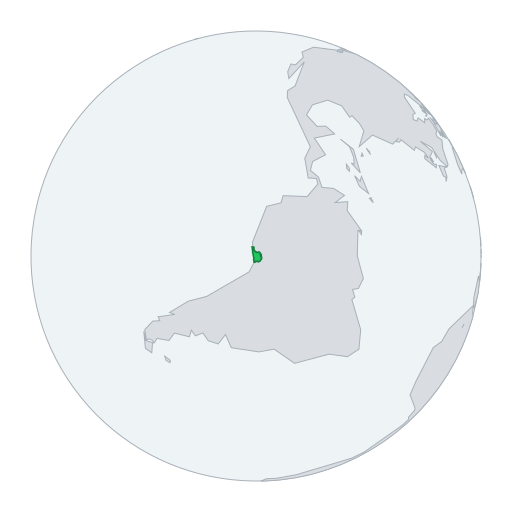 the Earth from above Arequipa, rotated 54°
{"feature_id": "PER-570", "entity_name": "Arequipa", "entity_type": "Department", "adm_level": 1, "iso_a3": "PER", "parent_name": "Peru", "parent_adm1": "", "projection": "orthographic", "projection_center": [-72.544, -15.989], "detail": "fine", "context": "on_globe", "style": "filled", "palette": "green", "viewbox_px": 512, "rotation_deg": 54, "n_neighbors": 0, "source": "natural_earth", "source_scale": "10m", "svg_char_len": 7197}
<svg xmlns="http://www.w3.org/2000/svg" viewBox="0 0 512 512"><g transform="rotate(54 256 256)"><circle cx="256" cy="256" r="225" fill="#eef3f6" stroke="#a8b0b8"/><path d="M200.7,37.6L204.7,36.9L208.2,35.9L214.6,35.0L221.1,33.9L221.2,34.3L226.3,33.1L224.9,33.1L226.6,32.7L230.3,32.2L231.2,32.4L229.4,32.6L231.6,32.5L230.4,32.9L233.1,32.4L233.7,33.1L238.6,31.8L243.6,32.0L242.5,32.6L235.5,33.3L215.5,38.7L212.2,40.8L214.6,42.5L234.2,43.3L233.6,45.8L237.9,48.6L241.5,46.5L239.5,43.7L247.3,41.2L243.9,38.8L246.5,37.7L245.9,35.5L253.6,35.3L261.6,36.5L262.6,38.5L266.1,39.4L271.4,37.4L279.3,42.0L294.9,46.9L296.1,48.6L287.2,50.8L271.4,50.1L259.9,55.6L275.2,51.8L277.9,57.1L281.6,58.2L286.0,58.1L288.0,56.2L290.6,58.3L276.4,62.2L273.9,60.3L278.4,58.9L271.0,58.9L261.5,62.8L263.6,65.8L247.0,70.4L248.3,72.9L245.4,75.7L244.4,71.3L245.8,79.7L226.6,90.7L228.2,108.2L218.2,95.2L209.5,94.4L198.9,95.9L198.9,98.6L184.9,98.4L172.0,106.4L166.9,121.5L171.5,132.2L187.1,130.4L191.9,123.2L203.5,120.6L194.9,139.5L215.0,140.2L212.8,154.6L218.7,161.7L228.8,159.1L239.3,162.3L246.9,153.5L259.0,148.8L259.3,160.6L266.0,149.8L272.8,155.5L297.0,155.8L295.1,158.4L315.5,174.0L337.3,182.4L342.4,192.2L339.8,197.6L347.4,200.2L347.5,204.0L377.1,214.6L391.9,227.5L391.2,241.2L378.3,254.7L365.5,287.9L342.0,296.1L335.3,310.0L315.7,329.9L301.6,326.9L304.9,338.3L296.5,344.4L287.1,344.2L284.9,352.0L278.0,351.9L282.2,357.4L270.4,367.3L273.2,376.1L264.5,384.5L266.5,389.7L263.4,389.4L260.0,391.3L259.6,394.2L250.2,389.3L248.0,377.7L251.8,371.9L247.6,370.9L255.5,356.1L250.9,359.1L252.7,337.4L259.7,319.7L264.8,270.9L260.1,261.4L242.8,250.8L222.1,218.2L227.7,204.5L223.1,198.6L238.0,179.7L234.1,163.6L228.8,161.5L223.6,167.9L205.6,159.1L199.5,147.8L146.0,137.5L140.8,133.2L141.4,124.4L127.3,102.8L131.7,125.1L125.5,122.0L121.2,114.8L124.6,111.7L123.1,101.0L118.0,98.9L120.9,86.7L137.4,69.2L138.4,70.2L142.3,66.5L141.2,65.3L139.6,65.6L151.4,56.5L167.3,48.9L183.8,42.6L200.7,37.6ZM44.4,178.8L46.1,174.2L45.6,175.8L44.4,178.8ZM226.9,114.5L250.0,122.7L236.8,124.3L239.3,122.5L233.5,118.9L222.6,116.1L211.0,119.0L226.9,114.5ZM237.5,103.8L233.5,103.3L237.4,103.1L237.5,103.8ZM138.1,66.2L140.7,65.6L140.1,67.9L137.4,68.5L138.1,66.2ZM140.1,63.2L142.6,61.9L138.1,65.1L138.0,64.8L140.1,63.2ZM241.6,35.9L243.7,35.7L242.7,36.2L241.6,35.9ZM239.4,35.3L236.8,36.0L235.3,35.9L236.9,35.4L239.4,35.3ZM242.9,34.6L233.1,35.5L230.6,35.4L234.6,33.8L242.9,34.6ZM222.8,33.3L224.5,33.3L219.7,33.9L222.8,33.3ZM219.1,33.8L219.4,33.8L202.2,37.3L219.1,33.8ZM227.4,32.5L227.0,32.6L223.6,33.1L223.2,33.1L227.4,32.5ZM233.9,31.8L230.3,32.2L229.8,32.2L233.9,31.8ZM251.7,30.8L247.6,30.9L246.9,30.9L251.7,30.8ZM265.8,399.8L251.0,391.1L259.3,395.0L265.3,390.6L273.0,397.2L265.8,399.8ZM283.4,388.7L290.2,386.7L291.8,388.3L287.4,390.1L283.4,388.7ZM417.0,98.4L426.2,110.0L424.1,109.4L417.5,104.0L402.9,87.7L409.3,91.1L404.2,86.4L393.9,78.0L396.7,80.0L396.1,79.6L417.0,98.4ZM442.7,382.0L440.9,384.4L442.4,378.4L447.7,370.4L456.4,352.5L470.7,312.1L475.8,297.1L478.2,283.7L478.7,250.9L478.9,236.1L477.8,228.4L476.1,227.5L474.1,218.3L472.5,216.7L458.9,213.0L451.3,200.1L434.3,166.4L434.3,156.0L428.4,142.7L423.8,109.5L429.5,114.2L432.5,116.0L441.9,128.7L450.4,142.1L457.9,156.0L464.4,170.4L469.9,185.3L474.3,200.5L477.7,215.9L480.0,231.6L481.1,247.4L481.2,263.2L480.1,279.0L477.9,294.6L474.7,310.1L470.3,325.3L465.0,340.2L458.5,354.7L451.1,368.6L442.7,382.0ZM433.2,127.6L435.1,131.2L435.2,131.3L433.2,127.6ZM297.7,155.7L300.6,158.1L296.8,158.0L297.7,155.7ZM234.9,128.9L239.8,128.9L242.3,130.6L238.6,131.2L234.9,128.9ZM276.3,128.6L281.9,129.8L276.0,130.5L276.3,128.6ZM253.6,123.9L271.7,128.2L260.3,131.4L248.9,129.0L256.8,127.9L253.6,123.9ZM235.1,109.8L238.1,110.4L237.2,112.3L235.1,109.8ZM240.4,103.7L239.1,103.9L237.7,102.5L240.4,103.7ZM278.7,56.8L279.9,56.6L284.4,57.0L282.3,57.8L278.7,56.8ZM304.0,54.8L307.6,58.4L303.6,56.1L301.4,57.4L290.3,54.8L296.1,49.3L295.5,52.0L304.0,54.8ZM277.1,50.7L283.5,52.4L276.3,50.8L277.1,50.7ZM377.6,66.3L379.9,67.9L379.6,68.1L374.2,64.4L372.7,63.3L374.6,64.5L377.6,66.3ZM389.8,74.8L388.6,74.0L387.3,73.0L389.8,74.8ZM386.8,72.6L384.0,70.6L382.8,69.8L386.8,72.6ZM337.2,45.9L331.5,43.8L331.4,43.7L325.4,41.7L326.9,42.2L337.2,45.9ZM252.0,32.2L249.2,32.4L249.0,32.2L251.1,31.9L252.0,32.2ZM241.4,31.2L240.5,31.3L245.3,31.0L246.1,31.0L249.9,30.9L263.8,31.6L261.3,31.7L272.4,32.9L270.3,33.8L263.2,32.9L269.8,34.8L262.5,34.4L267.8,35.9L252.2,33.7L245.9,33.9L253.7,33.2L255.8,32.3L254.9,31.9L247.5,31.4L235.0,32.0L235.1,31.7L238.2,31.4L241.4,31.2ZM311.9,37.8L306.6,37.3L307.3,38.9L310.7,41.3L301.1,39.3L291.7,36.2L283.8,33.6L284.6,32.8L280.1,32.4L279.1,32.1L283.0,32.5L276.4,31.7L276.6,31.7L274.9,31.5L293.5,33.9L311.9,37.8Z" fill="#d9dde1" stroke="#a8b0b8" stroke-width="1"/><path d="M260.0,261.2L259.9,261.2L259.7,261.1L259.5,260.9L259.4,260.9L258.8,260.7L258.6,260.7L258.3,260.4L258.2,260.3L258.0,260.1L257.9,260.1L257.6,260.1L257.6,259.9L257.4,259.8L257.3,259.7L257.2,259.6L256.9,259.5L256.9,259.4L256.7,259.0L256.5,258.9L256.4,258.9L256.2,258.8L256.1,258.7L255.8,258.6L255.4,258.6L255.1,258.5L254.7,258.2L254.1,258.0L253.9,257.9L253.6,257.7L253.4,257.7L253.2,257.6L253.1,257.4L252.9,257.3L252.7,257.2L252.0,257.0L251.7,257.0L251.6,256.9L251.4,256.8L251.1,256.6L250.7,256.4L250.5,256.2L250.4,256.1L250.3,255.9L250.2,255.9L249.9,255.7L249.7,255.6L249.4,255.4L249.3,255.5L249.1,255.4L248.8,255.3L248.8,255.2L248.7,255.0L248.5,254.9L247.9,254.7L247.6,254.5L247.3,254.4L247.2,254.3L246.8,254.1L246.7,254.0L246.5,253.9L246.4,253.9L246.6,253.6L246.7,253.4L246.8,253.1L247.7,252.5L247.8,252.7L248.2,252.8L248.5,252.9L248.7,253.0L248.8,253.3L248.9,253.5L249.0,253.6L249.2,253.8L249.4,254.0L249.5,254.0L249.8,254.0L250.0,253.9L250.1,254.0L250.2,254.4L250.2,254.5L250.3,254.5L250.6,254.4L250.7,254.2L250.8,253.9L251.0,253.9L251.4,253.9L251.8,253.8L252.1,253.8L252.5,253.6L252.8,253.6L253.0,253.7L253.2,253.4L253.2,253.2L253.3,253.2L253.5,253.3L253.7,253.2L253.8,252.9L254.1,252.7L254.2,252.3L254.2,252.1L254.2,251.9L254.2,251.6L254.3,251.4L254.5,251.4L254.8,251.4L254.9,251.2L254.9,250.9L255.0,250.8L255.3,250.8L255.6,250.9L255.8,250.9L256.2,250.8L256.2,251.0L256.5,251.4L256.8,251.5L257.1,251.4L257.3,251.4L257.5,251.3L257.6,251.5L257.8,251.7L257.9,251.4L258.0,251.3L258.0,251.2L257.9,251.0L257.9,250.9L258.0,250.8L258.4,251.2L258.4,251.3L258.5,251.4L258.5,251.5L258.8,251.6L258.7,251.7L258.7,251.8L258.6,252.1L258.6,252.3L259.2,252.5L259.3,252.5L259.5,252.5L259.6,252.4L259.8,252.4L260.0,252.3L259.9,252.3L259.9,252.2L260.0,252.2L260.1,252.3L260.3,252.3L260.6,252.5L260.8,252.6L260.9,252.4L261.0,252.4L261.1,252.5L261.2,252.8L261.2,253.0L261.3,253.1L261.5,253.2L261.6,253.3L261.8,253.6L261.7,253.8L261.8,253.9L261.8,254.0L261.8,254.3L261.9,254.5L262.0,254.6L262.2,254.8L262.2,255.0L262.1,255.3L262.2,255.5L262.3,255.6L262.5,255.8L262.4,255.9L262.4,256.0L262.3,256.9L262.3,257.1L262.2,257.2L262.0,257.4L262.0,257.5L262.0,257.8L261.9,257.9L261.8,258.0L261.7,258.0L261.7,257.9L261.4,257.9L261.1,258.0L260.8,258.4L260.7,258.5L260.7,258.8L260.6,259.0L260.4,259.1L260.2,259.3L260.1,259.5L260.2,259.8L260.3,259.9L260.5,260.1L260.5,260.3L260.4,260.6L260.3,260.8L260.2,260.9L260.2,261.0L260.0,261.2Z" fill="#22c55e" stroke="#15803d" stroke-width="1.5"/></g></svg>